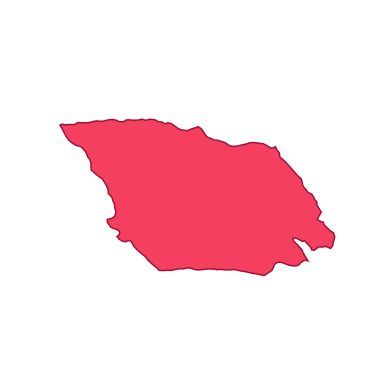 the district of Santa Maria do Salto, Minas Gerais, Brazil, rotated 303°
{"feature_id": "56859067B45600385966200", "entity_name": "Santa Maria do Salto", "entity_type": "district", "adm_level": 2, "iso_a3": "BRA", "parent_name": "Brazil", "parent_adm1": "Minas Gerais", "projection": "albers", "projection_center": [-40.119, -16.295], "detail": "fine", "context": "isolated", "style": "filled", "palette": "rose", "viewbox_px": 384, "rotation_deg": 303, "n_neighbors": 0, "source": "geoboundaries", "source_scale": "gbopen_adm2", "svg_char_len": 2735}
<svg xmlns="http://www.w3.org/2000/svg" viewBox="0 0 384 384"><g transform="rotate(303 192 192)"><path d="M275.5,237.2L273.0,236.2L271.8,233.8L271.7,229.1L271.3,225.4L269.5,221.8L267.5,217.4L264.9,213.7L262.1,211.6L260.2,209.8L257.9,207.5L255.0,204.8L253.2,202.4L251.9,200.1L251.2,196.9L251.5,193.7L250.5,189.2L249.2,185.0L247.6,182.2L247.2,178.7L246.4,175.2L247.1,172.4L248.9,168.5L250.1,165.2L250.1,161.7L247.0,159.2L243.7,156.6L240.8,154.6L239.0,150.5L237.9,147.8L237.7,145.1L237.9,141.9L238.1,137.5L237.1,134.3L234.4,132.0L234.4,128.9L232.7,125.7L232.5,122.3L231.6,119.9L229.9,116.8L227.0,114.3L225.8,110.3L223.1,107.8L220.2,103.7L218.5,100.4L216.8,97.8L213.7,96.4L211.4,92.7L210.9,89.2L209.3,85.4L206.2,81.8L203.4,79.4L201.6,77.0L200.5,74.7L198.9,72.3L196.8,70.3L195.0,68.7L193.4,66.8L191.8,64.8L190.1,61.8L188.0,58.3L184.6,56.8L182.1,52.8L179.4,49.3L178.3,46.2L176.2,44.8L174.5,48.5L172.1,52.5L170.3,55.6L169.2,58.3L168.4,60.6L168.0,63.2L167.8,66.7L168.0,69.5L168.9,71.9L169.5,74.3L168.7,77.7L167.7,81.3L166.2,83.3L164.7,85.4L163.5,88.7L161.0,91.8L158.4,93.3L155.5,95.6L155.0,99.6L154.4,103.4L154.2,107.1L154.1,109.7L152.3,113.8L150.3,117.6L147.7,120.9L145.1,122.7L144.5,126.0L143.5,128.3L141.8,130.2L139.7,133.4L136.6,135.9L133.9,139.1L129.4,140.5L125.8,138.7L122.9,135.9L120.4,137.6L119.3,140.6L118.3,143.0L118.7,146.2L119.7,149.7L119.3,153.2L116.5,154.2L113.7,153.4L112.7,156.5L112.9,160.4L114.1,163.6L116.5,164.8L117.5,167.4L116.5,169.7L114.8,172.8L113.9,176.4L113.2,180.1L112.7,184.6L112.3,188.4L110.9,192.0L110.1,196.1L109.6,199.8L109.1,204.1L108.5,207.1L110.2,210.4L111.8,212.4L113.5,214.9L115.1,217.5L116.9,219.3L119.1,221.4L121.2,223.9L122.7,226.4L124.8,228.4L126.4,230.3L127.5,232.7L128.3,236.1L129.8,239.3L132.0,242.3L134.3,245.1L136.5,247.7L137.8,249.9L139.3,252.3L140.3,255.0L142.1,257.3L143.9,260.6L145.9,264.0L147.7,266.8L150.1,269.8L151.5,273.6L152.9,277.3L154.6,280.9L155.9,284.7L157.2,288.2L158.5,290.7L159.6,293.8L161.2,298.0L165.6,299.9L169.8,301.7L172.8,301.4L176.2,300.6L179.8,302.1L181.6,305.2L182.5,308.9L183.4,312.8L184.6,316.0L186.6,319.5L188.8,321.2L191.3,321.6L194.2,322.5L196.7,324.2L197.3,326.8L201.4,318.5L203.4,315.6L204.9,310.3L206.2,303.9L208.4,301.8L210.1,304.5L210.6,311.3L212.4,313.0L210.3,321.5L208.7,323.9L209.8,326.3L215.0,328.2L217.0,331.5L219.3,333.9L220.2,339.0L223.3,339.2L227.8,337.6L231.9,336.3L234.8,333.0L234.8,329.0L236.3,320.8L238.2,318.6L237.3,315.9L237.1,311.9L245.5,311.4L248.9,304.1L251.9,301.9L252.4,299.1L254.1,296.7L255.4,293.6L254.8,289.1L256.1,286.6L257.0,282.9L258.8,280.1L260.8,278.4L262.7,276.2L263.0,272.4L264.5,267.3L266.0,261.9L268.2,254.0L268.6,251.5L269.1,246.7L272.4,244.0L273.7,239.9L275.5,237.2Z" fill="#f43f5e" stroke="#9f1239" stroke-width="1.5"/></g></svg>